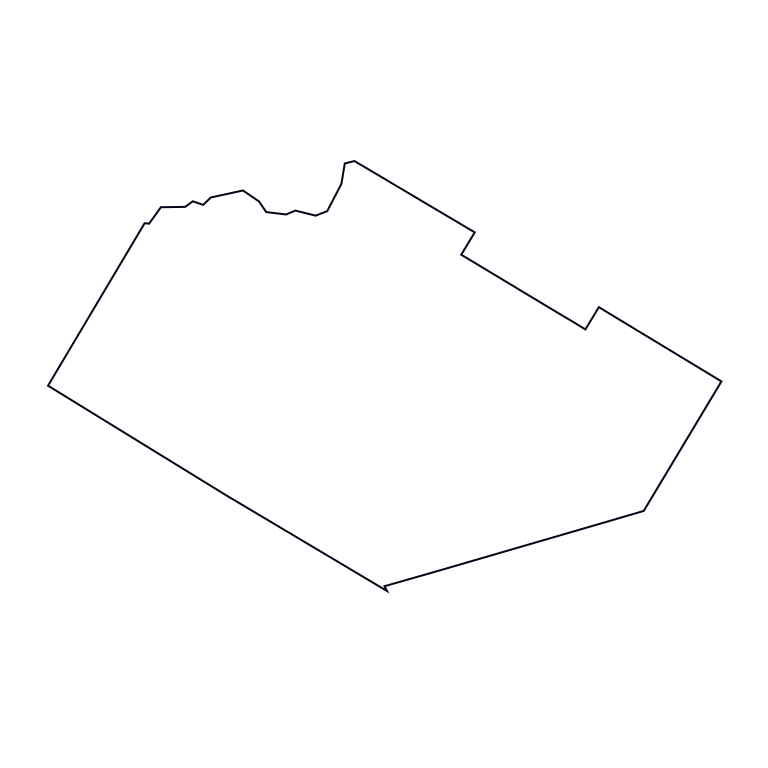 outline of Ada, Idaho, United States of America, rotated 121°
{"feature_id": "52423323B70404616629073", "entity_name": "Ada", "entity_type": "district", "adm_level": 2, "iso_a3": "USA", "parent_name": "United States of America", "parent_adm1": "Idaho", "projection": "natural_earth1", "projection_center": [-116.34, 43.46], "detail": "fine", "context": "isolated", "style": "outline", "palette": "ink", "viewbox_px": 768, "rotation_deg": 121, "n_neighbors": 0, "source": "geoboundaries", "source_scale": "gbopen_adm2", "svg_char_len": 548}
<svg xmlns="http://www.w3.org/2000/svg" viewBox="0 0 768 768"><g transform="rotate(121 384 384)"><path d="M208.1,524.2L215.2,531.2L234.3,523.6L265.0,521.7L274.9,529.3L281.0,549.3L289.1,555.2L297.3,573.5L291.9,585.1L290.8,604.6L313.3,628.5L323.6,631.3L325.9,642.0L334.6,645.7L347.4,666.3L367.5,667.9L369.5,672.0L558.5,671.1L560.7,462.4L559.9,274.8L557.0,279.4L518.6,243.5L371.2,107.2L359.0,96.0L208.0,96.1L207.5,239.4L233.5,239.5L233.4,251.6L233.5,287.8L233.4,384.4L207.3,384.3L208.1,524.2Z" fill="none" stroke="#020617" stroke-width="2"/></g></svg>